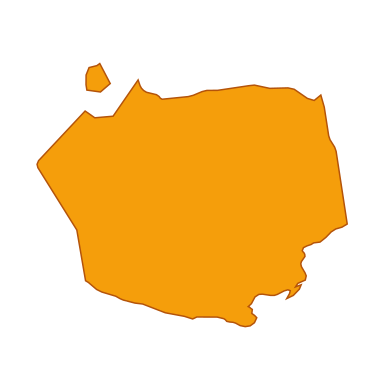 map outline of Isabela (orthographic projection), rotated 81°
{"feature_id": "PHL-2550", "entity_name": "Isabela", "entity_type": "Province", "adm_level": 1, "iso_a3": "PHL", "parent_name": "Philippines", "parent_adm1": "", "projection": "orthographic", "projection_center": [122.081, 16.969], "detail": "fine", "context": "isolated", "style": "filled", "palette": "amber", "viewbox_px": 384, "rotation_deg": 81, "n_neighbors": 0, "source": "natural_earth", "source_scale": "10m", "svg_char_len": 1467}
<svg xmlns="http://www.w3.org/2000/svg" viewBox="0 0 384 384"><g transform="rotate(81 192 192)"><path d="M247.9,43.7L250.2,49.4L251.0,55.8L253.2,60.8L257.8,66.9L261.5,73.4L261.3,79.8L262.5,82.6L263.2,86.8L264.4,90.6L267.2,92.3L268.2,91.9L269.4,91.0L271.1,90.4L273.3,90.5L277.8,94.8L279.9,95.8L282.9,95.6L289.6,93.0L292.7,92.3L296.7,93.9L298.8,101.8L301.9,104.6L300.7,98.7L304.8,101.2L310.0,108.1L312.1,115.1L307.5,111.5L304.8,110.4L303.6,112.6L304.1,116.5L306.5,123.7L307.0,126.8L306.4,130.6L303.9,138.5L303.6,142.0L305.5,146.2L311.6,150.8L314.0,154.4L314.8,153.2L316.4,151.9L317.4,150.8L321.3,151.9L323.7,149.5L326.3,147.7L330.9,150.8L333.3,155.5L333.3,160.5L331.5,165.3L328.3,169.5L327.1,171.9L326.3,175.1L325.2,177.9L323.3,179.1L322.1,180.4L319.5,186.6L316.2,206.8L317.5,211.2L313.6,219.0L307.1,237.3L294.9,258.3L292.8,265.7L288.0,276.7L286.2,279.6L283.0,283.6L276.7,296.7L273.3,301.5L265.1,308.5L263.0,311.0L211.5,311.7L143.9,340.4L140.4,340.7L137.0,338.6L95.3,284.9L103.5,276.4L104.8,258.1L72.9,227.7L78.8,226.7L81.6,225.7L84.2,223.9L86.4,221.3L90.3,211.9L92.5,209.6L94.4,208.6L95.7,207.0L97.2,180.8L96.7,175.7L94.4,166.3L94.0,161.4L95.6,150.9L95.9,119.1L96.2,113.6L101.8,99.0L104.2,80.9L106.5,75.0L117.6,63.4L120.7,57.0L116.4,49.6L128.9,48.1L157.9,48.2L162.0,47.5L170.0,44.1L174.4,43.3L247.9,43.7ZM69.5,279.9L59.9,278.3L53.0,274.2L52.3,266.2L50.7,263.0L72.1,255.8L78.9,266.8L74.9,279.9L69.5,279.9Z" fill="#f59e0b" stroke="#b45309" stroke-width="1.5"/></g></svg>